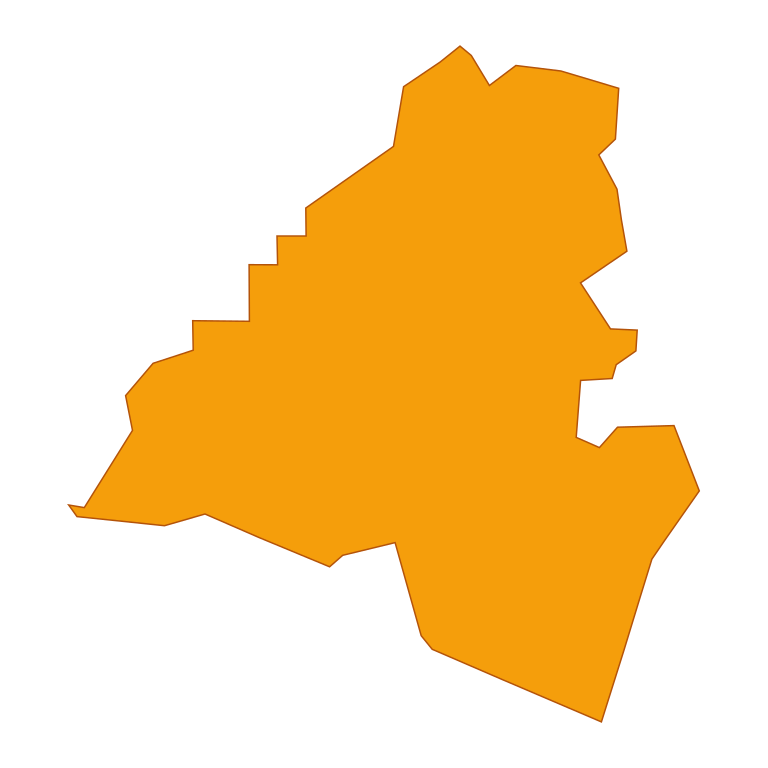 Lafayette, Louisiana, United States of America (Robinson projection)
{"feature_id": "52423323B160469889501", "entity_name": "Lafayette", "entity_type": "district", "adm_level": 2, "iso_a3": "USA", "parent_name": "United States of America", "parent_adm1": "Louisiana", "projection": "robinson", "projection_center": [-92.061, 30.209], "detail": "fine", "context": "isolated", "style": "filled", "palette": "amber", "viewbox_px": 768, "rotation_deg": 0, "n_neighbors": 0, "source": "geoboundaries", "source_scale": "gbopen_adm2", "svg_char_len": 793}
<svg xmlns="http://www.w3.org/2000/svg" viewBox="0 0 768 768"><path d="M305.8,208.0L306.1,236.0L277.0,236.0L277.6,264.8L249.1,264.7L249.4,321.3L192.7,320.7L193.2,350.2L153.1,363.3L125.6,395.6L132.5,430.4L84.3,507.6L68.7,505.0L77.0,516.6L164.5,525.7L205.0,514.0L259.2,537.6L329.6,566.8L342.7,555.3L395.1,542.6L421.2,635.7L432.2,649.3L502.6,679.7L601.4,721.9L605.5,708.8L623.8,650.7L639.7,598.6L651.9,559.1L664.6,540.5L699.3,490.9L674.0,425.6L617.5,427.2L599.4,447.6L576.2,437.4L580.6,380.4L612.2,378.5L616.2,364.7L635.9,350.9L637.2,330.1L610.5,328.9L580.5,282.9L626.9,251.2L621.4,219.8L617.0,189.2L598.8,154.9L615.4,139.1L618.7,88.3L560.9,71.0L515.9,65.5L489.4,85.5L471.3,55.5L460.0,46.1L440.2,62.0L403.6,86.7L393.5,146.4L305.8,208.0Z" fill="#f59e0b" stroke="#b45309" stroke-width="1.5"/></svg>